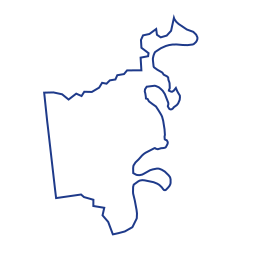 outline of Adams, Mississippi, United States of America, rotated 173°
{"feature_id": "52423323B79783446194500", "entity_name": "Adams", "entity_type": "district", "adm_level": 2, "iso_a3": "USA", "parent_name": "United States of America", "parent_adm1": "Mississippi", "projection": "orthographic", "projection_center": [-91.474, 31.468], "detail": "fine", "context": "isolated", "style": "outline", "palette": "blue", "viewbox_px": 256, "rotation_deg": 173, "n_neighbors": 0, "source": "geoboundaries", "source_scale": "gbopen_adm2", "svg_char_len": 2424}
<svg xmlns="http://www.w3.org/2000/svg" viewBox="0 0 256 256"><g transform="rotate(173 128 128)"><path d="M206.9,173.3L207.4,144.0L207.4,139.9L207.9,74.8L207.9,67.2L182.7,67.7L180.1,64.8L171.1,61.0L171.9,54.8L161.3,51.7L163.9,44.4L159.1,37.2L156.0,24.3L155.4,24.3L150.3,24.8L143.8,25.7L135.8,29.0L135.6,29.2L130.4,37.1L130.2,37.8L129.5,42.1L129.5,45.7L130.1,55.3L130.9,62.2L130.8,64.0L130.1,68.9L129.2,71.1L124.3,73.8L122.8,74.4L120.1,74.5L117.8,74.0L109.2,71.1L105.8,69.2L104.1,67.9L103.2,66.9L101.6,64.9L100.8,63.4L100.0,62.2L99.4,61.9L98.4,61.8L97.9,62.0L95.3,64.1L93.7,65.7L92.7,67.4L92.4,68.5L92.0,71.8L92.2,73.7L92.4,74.3L92.9,75.2L93.5,76.2L96.8,80.3L99.5,82.4L101.3,83.4L102.4,83.9L104.2,84.2L108.4,83.9L111.2,83.4L118.0,80.6L119.7,80.0L122.3,79.8L124.1,80.1L125.4,80.5L128.3,82.6L127.8,87.5L127.4,89.2L127.1,90.1L124.8,92.9L121.1,95.7L117.5,98.9L115.5,100.3L113.6,101.3L104.1,104.8L103.6,104.7L102.8,104.0L101.0,103.3L97.6,103.9L95.5,103.8L94.1,103.9L93.2,104.1L92.6,104.6L90.8,107.2L90.5,107.9L90.3,108.7L90.4,109.6L91.1,111.2L92.3,111.7L92.9,112.4L92.8,114.9L92.2,116.7L91.9,122.3L92.2,130.9L92.8,135.1L93.4,136.9L94.3,139.0L95.6,141.8L97.6,145.9L100.8,148.8L104.0,151.9L105.0,154.4L106.6,155.1L106.5,156.8L106.6,160.2L106.9,162.2L106.4,164.3L104.4,166.7L96.3,166.7L95.1,166.2L92.5,164.7L90.7,162.8L89.0,160.7L87.3,157.2L85.0,148.3L85.0,146.8L85.8,144.9L85.8,144.5L84.7,142.0L84.4,141.7L83.3,141.2L82.2,141.3L80.8,142.1L80.2,142.9L76.8,144.8L75.3,146.2L73.3,149.6L72.7,152.1L72.6,153.9L74.0,156.9L74.9,159.3L75.6,161.9L77.7,159.8L78.3,159.3L79.9,158.6L80.9,158.9L82.9,160.1L82.8,160.6L81.7,162.4L81.3,167.1L81.4,168.3L82.0,170.8L82.0,173.3L83.1,174.6L86.1,176.6L87.0,178.5L87.5,179.1L91.7,182.2L94.4,184.7L94.9,185.3L95.1,186.1L95.0,192.5L94.8,194.1L93.8,196.9L92.6,199.1L91.7,200.2L85.6,203.2L80.4,204.8L77.1,205.3L73.8,205.4L69.6,205.0L63.5,203.7L58.8,203.0L53.6,203.0L52.5,203.3L50.1,205.0L49.2,206.1L48.4,207.5L48.1,208.9L48.1,209.6L49.0,212.4L51.5,215.5L57.6,218.6L65.1,225.1L67.2,227.6L68.8,230.7L69.0,231.7L73.4,219.2L78.3,215.0L84.5,214.0L87.9,217.0L88.0,222.8L95.3,218.7L101.8,218.1L104.4,213.8L104.9,206.0L98.5,199.8L99.3,196.8L106.9,196.3L107.7,183.6L121.9,185.3L125.4,182.0L132.2,181.7L134.6,177.7L140.2,177.5L143.9,174.6L148.2,176.0L151.7,171.6L159.5,168.2L167.0,169.3L170.2,165.4L175.2,168.4L183.5,163.5L189.3,169.5L197.7,172.4L206.9,173.3Z" fill="none" stroke="#1e3a8a" stroke-width="2"/></g></svg>